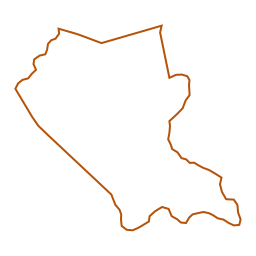 the district of Cordeiro, Rio de Janeiro, Brazil
{"feature_id": "56859067B26605122636621", "entity_name": "Cordeiro", "entity_type": "district", "adm_level": 2, "iso_a3": "BRA", "parent_name": "Brazil", "parent_adm1": "Rio de Janeiro", "projection": "orthographic", "projection_center": [-42.325, -22.061], "detail": "fine", "context": "isolated", "style": "outline", "palette": "amber", "viewbox_px": 256, "rotation_deg": 0, "n_neighbors": 0, "source": "geoboundaries", "source_scale": "gbopen_adm2", "svg_char_len": 1177}
<svg xmlns="http://www.w3.org/2000/svg" viewBox="0 0 256 256"><path d="M198.1,213.1L203.4,212.0L208.7,213.1L212.9,215.1L217.7,218.3L223.5,219.6L228.2,222.7L233.8,225.4L239.3,224.9L240.6,219.4L238.1,212.6L237.4,204.9L233.8,199.6L226.1,199.2L221.9,191.8L220.0,184.2L221.5,177.6L215.8,174.0L209.0,170.0L203.1,167.8L198.2,165.2L194.2,162.7L189.7,162.9L186.2,159.4L181.5,158.1L177.5,152.3L172.2,149.1L170.7,144.4L168.2,139.4L169.4,132.8L170.0,126.0L169.4,121.1L172.7,118.1L177.1,114.0L182.7,108.2L185.7,100.3L189.6,95.1L189.3,89.8L189.0,85.1L189.5,80.1L187.2,76.2L182.0,74.6L176.1,74.8L169.4,77.8L160.1,32.5L161.6,25.7L101.5,43.1L93.7,40.2L87.6,37.9L80.1,35.1L75.9,33.7L58.6,28.7L59.1,33.7L55.5,38.7L51.3,40.2L48.0,43.9L47.1,49.7L45.3,54.3L39.6,55.6L34.2,59.4L33.5,64.1L36.0,69.8L32.0,73.6L28.1,78.4L22.4,79.9L18.0,83.5L15.4,88.8L32.1,116.8L38.3,125.8L48.0,135.1L111.4,194.6L115.3,204.7L119.5,209.7L121.2,214.4L121.0,219.7L121.7,226.0L126.7,229.8L132.7,230.3L137.9,228.0L142.3,225.5L148.9,221.5L149.6,216.2L155.0,211.3L162.0,207.0L168.6,208.9L171.7,216.2L177.1,219.2L180.8,222.5L186.0,223.0L189.3,217.4L192.6,214.4L198.1,213.1Z" fill="none" stroke="#b45309" stroke-width="2"/></svg>